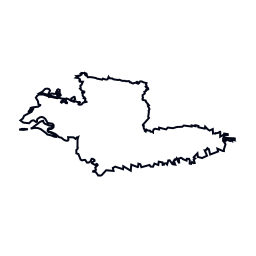 Feni, Chittagong, Bangladesh (Equal Earth projection), rotated 96°
{"feature_id": "16705992B83268326466345", "entity_name": "Feni", "entity_type": "district", "adm_level": 2, "iso_a3": "BGD", "parent_name": "Bangladesh", "parent_adm1": "Chittagong", "projection": "equal_earth", "projection_center": [91.37, 23.021], "detail": "fine", "context": "isolated", "style": "outline", "palette": "ink", "viewbox_px": 256, "rotation_deg": 96, "n_neighbors": 0, "source": "geoboundaries", "source_scale": "gbopen_adm2", "svg_char_len": 5915}
<svg xmlns="http://www.w3.org/2000/svg" viewBox="0 0 256 256"><g transform="rotate(96 128 128)"><path d="M178.3,150.7L177.7,149.3L172.3,145.3L172.2,137.9L169.3,138.9L167.8,136.7L169.5,128.6L166.5,128.7L170.2,120.8L164.1,120.9L165.9,114.2L165.6,113.9L162.4,113.9L162.7,112.0L165.6,110.6L162.5,102.7L164.0,101.5L163.9,99.1L160.6,98.0L161.6,94.0L158.3,93.9L158.6,90.2L161.0,89.7L160.7,88.4L159.5,88.4L159.2,86.4L160.2,85.3L156.0,84.5L155.8,83.2L159.4,79.9L159.5,77.3L158.4,78.1L158.2,77.8L157.8,78.0L157.9,78.7L157.6,78.7L157.9,79.2L157.3,79.1L157.3,79.4L156.2,79.2L155.3,78.1L154.8,78.5L154.4,78.3L154.5,77.8L153.7,77.0L153.8,76.6L153.2,76.4L155.7,74.9L157.1,73.8L157.0,73.5L153.1,74.3L152.1,72.1L152.8,70.5L153.2,70.3L154.3,66.4L152.5,66.3L152.3,64.0L154.0,63.1L156.9,63.0L157.1,61.5L155.1,60.8L156.1,59.2L155.8,58.0L152.4,59.4L151.3,58.0L150.2,59.6L145.9,56.3L149.5,55.5L150.1,51.1L147.3,46.5L142.2,49.4L142.1,48.4L140.8,47.6L140.9,47.3L139.8,46.9L140.6,45.8L140.6,45.4L145.8,43.5L142.0,36.0L139.2,36.9L140.9,31.4L140.9,30.2L139.2,30.4L133.9,29.3L131.9,31.1L131.9,30.4L130.8,29.6L130.0,32.2L129.9,32.2L130.0,31.5L129.7,31.5L130.0,31.0L129.7,30.3L129.1,29.6L129.4,29.4L129.0,29.0L129.4,28.3L129.7,28.5L129.2,26.5L129.9,26.4L130.3,24.9L129.6,24.1L129.8,23.7L129.4,23.9L129.7,23.3L129.3,22.3L129.1,22.4L129.1,21.0L128.5,21.6L127.8,20.5L127.2,20.4L127.1,20.0L127.8,32.1L126.0,31.7L125.3,30.5L124.5,28.0L123.6,28.2L123.5,31.8L124.5,31.9L127.0,35.4L122.3,35.8L122.1,36.1L123.5,38.0L123.9,39.5L123.9,40.2L124.4,40.5L124.4,42.3L124.6,42.9L120.2,43.6L122.0,46.6L120.8,48.8L118.5,51.4L120.6,51.6L119.9,58.1L118.6,58.2L118.2,61.2L119.2,61.1L118.8,65.0L119.9,64.9L119.7,72.7L121.1,74.2L121.9,79.5L123.5,83.3L123.4,88.4L125.4,90.0L124.4,97.1L126.2,96.9L125.9,101.0L126.8,102.4L128.8,102.8L129.7,102.7L129.3,103.4L129.3,105.2L128.4,105.7L128.4,108.1L127.7,109.5L129.7,110.0L129.2,110.9L128.8,110.7L127.9,111.0L127.6,111.7L126.3,112.4L124.1,112.6L124.0,113.4L123.4,113.6L115.8,108.2L114.8,109.1L109.6,108.9L108.9,109.3L106.9,108.6L104.1,110.5L103.3,109.5L102.2,110.6L102.1,111.1L101.5,111.3L100.1,112.9L98.9,113.2L98.5,116.3L97.5,116.7L96.4,116.2L94.7,116.9L93.8,116.9L91.9,114.9L90.2,115.5L89.5,114.1L88.2,114.0L88.0,112.7L87.2,111.9L86.0,112.5L86.1,113.7L85.2,114.6L84.8,113.7L83.5,114.2L83.2,114.7L81.4,114.3L81.0,117.3L80.3,119.0L80.3,120.4L80.7,121.2L82.1,121.6L82.9,122.5L82.6,123.6L81.3,123.4L81.1,123.8L81.4,124.2L81.9,124.1L82.6,126.7L83.2,127.6L82.8,129.4L82.4,129.6L82.3,131.0L81.4,131.5L81.3,132.0L81.7,135.1L81.4,135.9L81.7,138.5L80.9,141.8L81.3,142.9L81.1,147.6L80.4,148.8L80.5,151.3L79.9,151.8L80.1,152.3L79.4,152.7L81.7,153.4L82.1,154.7L82.0,155.9L81.5,158.1L82.6,158.7L82.1,164.3L81.7,165.0L81.4,167.8L81.3,170.4L81.7,173.4L80.5,174.0L80.2,175.4L79.8,175.8L79.2,175.7L78.6,174.8L78.2,175.2L78.1,175.7L78.7,176.5L77.7,176.8L77.6,177.1L78.0,177.5L78.1,179.9L78.5,179.8L79.1,180.8L79.6,180.4L79.4,180.1L79.7,179.8L80.6,180.7L80.9,181.7L81.1,181.1L81.3,182.6L82.1,183.2L82.0,184.5L82.5,184.0L83.4,185.0L83.5,182.9L84.5,180.9L85.3,180.8L86.2,181.3L86.5,181.1L86.4,180.4L87.0,180.3L86.7,177.7L89.8,178.7L90.9,179.8L93.2,179.2L93.8,179.9L95.9,177.6L96.4,175.3L97.2,175.2L97.6,175.7L97.9,177.2L99.4,176.5L100.5,176.5L101.6,175.6L102.1,174.5L103.0,175.0L103.1,173.9L103.4,173.4L105.7,173.7L106.1,172.1L106.4,172.0L107.3,175.1L109.4,176.6L109.9,178.1L109.9,179.2L109.4,179.8L107.6,178.4L107.2,178.8L107.5,180.8L107.0,182.6L107.6,184.4L107.5,185.1L106.9,185.2L104.9,183.6L102.8,184.3L102.6,184.9L104.6,187.5L107.0,186.7L107.0,187.3L105.5,190.3L105.1,192.5L105.6,192.8L107.8,192.5L109.2,191.2L109.7,191.3L109.7,192.5L108.8,193.6L108.5,195.1L109.8,196.7L109.3,197.4L108.6,197.2L107.7,196.3L106.5,193.9L106.0,193.7L105.6,194.1L105.6,197.5L105.1,200.0L105.6,200.7L105.8,201.6L104.9,209.6L105.4,209.5L105.5,209.8L104.7,210.6L103.6,215.6L104.0,220.1L105.6,221.8L107.5,222.8L110.7,220.4L113.9,219.5L114.3,217.7L114.7,217.7L116.2,219.6L117.3,224.3L118.9,224.2L122.1,225.7L126.6,232.5L129.6,233.6L131.7,235.8L133.4,233.0L133.6,232.0L133.6,226.9L131.0,224.7L130.4,223.5L130.3,222.4L131.6,220.2L131.5,219.6L131.0,219.2L129.4,219.3L128.5,219.0L126.7,216.9L126.0,214.9L126.5,212.8L127.6,211.2L131.4,208.4L131.6,204.1L132.1,203.0L133.0,202.2L135.2,202.2L136.9,203.9L137.3,206.5L138.4,207.1L139.4,206.9L139.9,206.1L140.2,203.9L141.5,199.7L143.4,196.8L144.3,195.9L144.6,193.3L146.4,190.5L147.0,188.8L147.1,187.4L146.7,186.4L146.0,186.0L143.4,186.6L143.0,181.2L144.3,179.1L142.7,177.9L142.6,177.0L142.3,176.6L144.7,177.0L152.8,176.2L152.9,175.9L154.2,176.1L155.3,177.1L158.6,176.7L159.1,174.6L164.4,171.8L165.0,170.3L164.2,167.9L164.3,167.1L166.7,165.2L166.5,163.6L165.7,162.4L164.6,161.6L162.5,161.0L162.4,159.7L163.2,158.1L164.2,157.8L165.9,160.2L166.7,160.3L168.6,156.1L167.1,155.8L167.0,155.5L167.3,154.7L168.0,154.3L170.9,156.4L172.9,155.5L173.6,156.1L174.5,158.1L175.0,158.2L175.2,155.4L178.4,152.6L178.1,152.0L178.3,150.7ZM144.4,198.6L143.1,199.0L142.7,199.7L140.8,204.0L140.3,206.8L139.3,207.7L137.2,207.4L136.5,206.6L136.1,204.1L135.2,203.3L134.0,202.9L133.7,206.9L132.4,211.2L131.3,212.6L129.7,213.1L130.1,214.4L131.1,216.1L137.8,223.1L138.8,224.7L137.6,220.6L137.5,217.4L138.3,214.6L141.5,209.2L142.9,207.5L143.4,203.6L144.4,200.3L144.4,198.6ZM103.4,211.2L99.0,209.4L97.7,210.4L97.3,211.7L97.4,213.3L98.0,214.7L100.9,217.0L102.5,219.4L102.5,215.8L103.4,211.2ZM103.6,209.9L105.0,202.9L104.9,201.9L104.3,201.3L101.8,202.3L99.9,202.0L99.6,201.6L99.7,200.2L102.7,198.6L102.3,198.3L100.2,199.7L97.3,199.9L96.8,201.6L97.5,202.4L99.0,202.7L99.8,203.3L101.6,203.2L101.8,205.4L101.6,207.3L103.0,209.7L103.6,209.9ZM118.1,226.8L120.5,227.5L121.8,228.5L122.4,228.5L122.8,227.9L122.1,226.6L120.8,225.7L118.8,224.7L117.4,224.7L118.1,226.8ZM139.7,227.4L139.7,230.8L140.0,233.4L141.0,236.0L140.8,231.7L139.7,227.4ZM103.0,199.1L100.9,200.4L100.8,201.1L101.7,201.1L103.3,199.9L103.0,199.1Z" fill="none" stroke="#020617" stroke-width="2"/></g></svg>